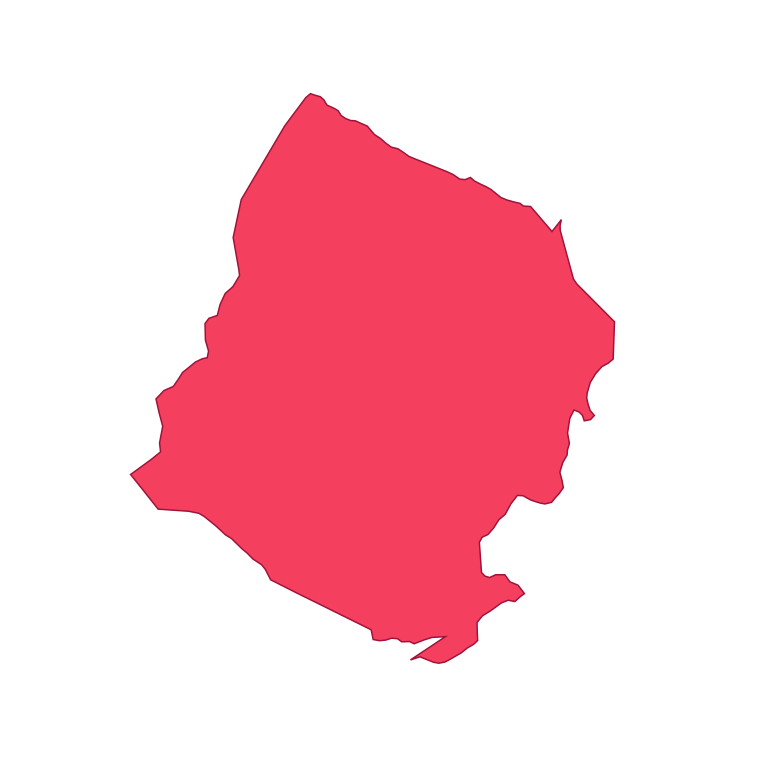 the district of São José de Espinharas, Paraíba, Brazil, rotated 219°
{"feature_id": "56859067B13371675739856", "entity_name": "São José de Espinharas", "entity_type": "district", "adm_level": 2, "iso_a3": "BRA", "parent_name": "Brazil", "parent_adm1": "Paraíba", "projection": "equal_earth", "projection_center": [-37.406, -6.814], "detail": "fine", "context": "isolated", "style": "filled", "palette": "rose", "viewbox_px": 768, "rotation_deg": 219, "n_neighbors": 0, "source": "geoboundaries", "source_scale": "gbopen_adm2", "svg_char_len": 2247}
<svg xmlns="http://www.w3.org/2000/svg" viewBox="0 0 768 768"><g transform="rotate(219 384 384)"><path d="M551.8,228.9L540.9,220.3L529.4,211.9L521.3,196.9L514.9,190.6L517.6,178.2L524.0,154.2L503.0,149.6L480.8,144.6L455.7,162.2L446.5,167.0L440.4,167.9L432.8,167.9L425.3,167.9L412.4,167.0L405.3,167.9L390.0,166.5L384.2,166.5L375.8,165.5L365.3,166.5L359.4,165.2L348.9,160.5L321.0,166.5L293.7,172.7L280.2,175.7L239.3,184.9L231.6,178.6L225.9,181.7L221.4,186.2L218.2,191.2L213.1,194.6L208.0,194.8L202.1,199.9L197.1,201.1L191.8,210.3L187.2,217.3L182.3,221.7L177.3,226.3L189.8,186.2L184.4,194.6L170.2,199.0L165.7,201.5L161.7,206.2L159.4,211.6L154.8,223.6L153.2,231.0L150.5,238.3L149.8,243.6L154.8,249.2L161.6,257.2L161.6,265.8L158.5,274.7L155.0,287.8L151.4,294.1L145.4,297.3L144.3,304.3L143.0,309.5L153.2,312.0L161.7,309.5L170.1,311.8L177.2,306.0L180.1,300.1L184.7,298.2L189.6,298.9L210.3,321.0L211.3,326.7L208.5,332.4L208.2,341.0L209.3,350.9L207.8,358.9L210.0,370.9L210.2,381.3L205.6,384.7L197.3,386.1L192.3,387.9L187.6,389.8L183.4,392.1L179.3,397.5L179.3,403.5L178.9,409.1L179.4,416.3L185.0,421.1L191.8,426.1L195.6,435.4L197.0,444.0L199.8,448.0L202.5,454.5L210.5,461.4L218.0,474.3L220.0,483.3L214.9,485.0L210.0,484.5L205.2,481.4L201.1,486.3L200.7,491.9L207.2,493.2L212.6,496.7L217.6,500.6L220.4,504.8L224.7,515.0L226.0,525.1L225.6,534.6L222.8,541.5L221.6,547.6L244.0,577.4L297.2,583.1L302.8,584.8L310.3,590.2L343.6,614.2L346.9,618.0L349.6,623.4L349.4,608.2L381.8,614.2L387.7,610.0L392.0,610.0L397.5,607.3L404.4,604.3L410.6,602.5L415.7,602.5L423.3,602.5L428.8,601.6L434.6,600.1L441.5,598.7L446.8,598.9L449.6,593.9L454.1,590.9L461.8,590.3L468.1,588.8L500.7,578.7L507.7,576.6L514.3,576.2L521.1,575.6L527.6,572.6L534.6,572.3L541.4,572.6L548.4,571.8L554.6,573.0L559.3,573.9L566.2,572.0L571.9,570.5L575.7,567.8L581.1,566.1L586.4,565.7L591.4,567.5L595.9,566.9L603.9,564.9L609.7,567.0L614.3,567.2L619.9,564.8L623.9,563.3L625.0,557.4L623.6,522.1L611.0,437.5L593.4,402.9L568.9,381.6L564.5,377.4L562.7,364.4L564.4,354.5L561.5,342.8L556.7,332.4L561.4,324.9L561.1,318.3L550.4,305.7L541.1,299.2L537.9,293.2L541.1,289.3L544.4,282.4L546.1,274.0L547.8,266.2L546.9,258.9L546.2,249.6L550.9,240.4L551.8,228.9Z" fill="#f43f5e" stroke="#9f1239" stroke-width="1.5"/></g></svg>